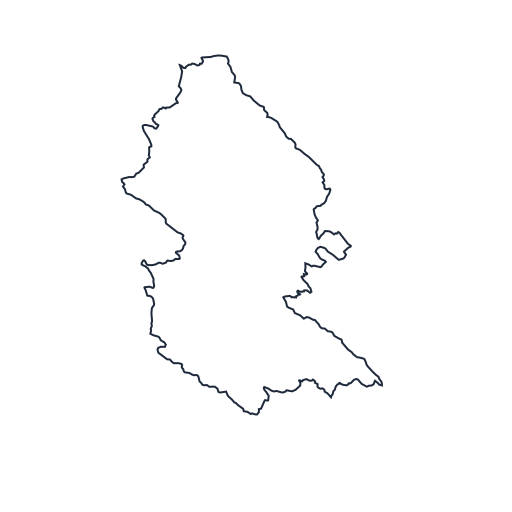 An Lao, Bình Định, Vietnam, rotated 309°
{"feature_id": "81297802B61161719512326", "entity_name": "An Lao", "entity_type": "district", "adm_level": 2, "iso_a3": "VNM", "parent_name": "Vietnam", "parent_adm1": "Bình Định", "projection": "equal_earth", "projection_center": [108.793, 14.534], "detail": "fine", "context": "isolated", "style": "outline", "palette": "slate", "viewbox_px": 512, "rotation_deg": 309, "n_neighbors": 0, "source": "geoboundaries", "source_scale": "gbopen_adm2", "svg_char_len": 6094}
<svg xmlns="http://www.w3.org/2000/svg" viewBox="0 0 512 512"><g transform="rotate(309 256 256)"><path d="M392.6,107.8L390.4,103.8L388.3,100.7L385.0,97.5L382.3,95.7L376.3,89.1L375.6,89.0L374.3,92.0L373.8,92.4L371.3,92.8L370.2,91.4L369.0,91.9L367.5,90.9L367.1,90.2L366.6,87.6L365.4,85.3L363.7,85.0L362.5,83.5L359.0,82.5L357.6,82.8L356.6,81.4L356.8,77.9L356.4,76.7L353.0,82.4L347.9,85.3L339.3,89.2L338.9,92.0L338.0,93.6L335.8,94.2L328.1,94.7L327.2,95.4L326.1,98.5L325.8,98.8L324.3,97.6L317.2,95.5L314.7,92.7L313.9,93.0L313.0,90.2L310.8,89.9L309.5,88.6L307.2,89.0L302.0,88.3L301.1,88.4L300.2,89.6L298.7,89.0L297.5,89.1L296.2,91.5L296.1,93.6L295.6,95.0L296.2,96.6L296.2,97.8L295.6,98.1L292.2,98.3L291.3,96.6L291.7,95.4L291.6,94.2L288.8,88.4L287.6,86.8L286.1,86.1L285.6,86.2L284.7,87.1L282.7,90.0L279.4,99.4L276.7,104.5L275.3,105.7L273.7,104.6L272.8,104.8L270.2,107.2L266.9,109.3L265.8,111.4L262.9,110.8L260.9,112.3L256.3,111.2L254.2,113.2L246.9,112.4L244.6,111.1L241.1,111.5L239.6,110.4L237.4,107.6L232.8,104.1L230.9,103.3L229.3,105.5L229.3,107.3L228.9,108.7L226.2,109.0L225.4,112.2L223.6,114.6L223.1,115.9L224.9,120.3L225.3,126.8L226.5,129.0L227.2,133.2L227.3,136.0L226.7,137.9L227.8,140.9L227.2,148.2L228.6,153.6L228.7,156.0L228.0,162.5L225.2,164.8L224.7,166.1L225.0,180.1L226.2,183.5L226.4,186.3L226.1,186.8L224.1,187.3L223.4,188.1L222.1,192.6L220.7,193.5L218.0,193.5L216.0,194.5L214.1,194.7L212.0,194.1L209.7,191.7L208.7,191.3L208.1,191.7L208.0,196.0L206.2,198.3L205.3,198.2L202.9,195.1L200.6,194.7L198.4,192.9L196.7,190.0L194.0,190.1L191.2,188.3L190.4,185.7L189.5,184.6L186.7,183.5L184.0,181.5L182.0,179.2L180.6,176.9L182.2,172.8L182.2,171.7L181.7,171.3L180.8,171.2L178.4,171.7L177.6,172.3L177.4,173.0L178.2,176.0L178.4,179.8L177.3,182.2L176.7,184.8L173.7,190.8L171.3,192.6L169.0,195.4L168.0,196.0L166.6,196.2L166.1,195.6L165.2,192.6L161.6,189.1L161.2,189.2L160.2,191.4L156.8,196.5L158.3,199.0L158.5,200.6L158.2,202.7L154.7,207.0L153.6,207.6L150.4,207.8L149.3,208.3L145.5,210.9L139.9,216.3L137.7,217.2L136.1,219.1L133.4,219.9L131.7,221.6L129.1,222.8L129.8,226.1L131.9,231.0L131.7,232.5L130.6,235.2L131.2,239.2L130.3,241.7L128.1,242.4L125.7,239.3L123.1,237.8L121.2,238.4L119.4,241.0L119.8,252.0L121.4,254.2L120.8,257.7L121.0,259.7L123.9,263.1L125.2,266.0L124.9,267.1L122.9,268.2L122.4,269.2L122.3,270.6L121.0,272.4L120.7,273.7L123.2,277.9L123.5,280.4L124.1,282.5L126.1,284.8L126.4,285.8L126.1,287.0L123.0,291.1L122.9,293.1L122.2,295.5L122.9,297.1L124.8,299.0L125.0,302.1L127.8,305.2L128.6,306.6L128.6,309.6L126.8,312.3L126.8,312.9L127.4,314.1L131.8,318.1L129.6,322.2L129.3,327.6L128.6,331.3L129.1,332.7L128.8,336.2L129.2,342.2L127.7,344.2L129.5,347.4L129.9,351.3L131.1,351.9L132.6,355.4L133.5,356.5L136.5,356.5L138.8,354.6L140.5,356.0L149.4,353.6L149.9,354.1L150.9,356.0L151.5,356.3L155.3,353.9L156.7,349.7L157.3,346.7L158.3,345.1L159.4,344.9L160.7,348.9L161.1,352.9L161.9,355.0L164.1,357.0L166.0,361.6L167.0,362.9L168.7,364.0L170.9,364.3L173.5,369.2L177.0,371.0L183.1,371.9L185.2,370.4L185.9,369.3L186.2,367.9L186.5,367.8L187.3,369.1L187.5,370.7L189.5,370.8L192.1,372.8L192.7,375.9L194.2,377.8L195.8,378.0L195.8,380.7L194.6,381.5L195.2,384.5L193.3,385.9L192.9,387.2L193.3,389.5L194.9,390.9L195.1,392.1L195.0,393.3L193.8,394.8L194.3,397.8L193.4,403.2L195.2,402.5L196.8,402.6L199.6,401.2L201.6,401.4L204.8,400.1L207.3,400.1L208.8,400.8L209.8,400.6L210.2,401.0L209.9,402.1L210.9,405.2L212.6,407.9L213.6,408.3L215.6,408.3L215.9,409.1L217.2,409.7L221.5,410.1L223.6,411.4L224.1,413.0L223.1,418.6L224.2,424.4L226.3,425.4L227.9,427.2L230.3,428.1L233.9,427.0L234.0,430.4L233.6,432.8L234.7,435.3L236.0,434.2L237.1,432.7L238.2,428.9L239.2,427.2L239.1,423.9L239.4,419.8L240.6,412.0L241.2,410.2L242.6,408.2L244.1,405.1L244.0,404.3L242.7,401.3L241.0,398.3L240.8,393.7L241.5,390.8L241.2,386.4L242.9,377.5L244.7,375.3L244.8,374.6L244.1,372.7L243.2,367.1L244.4,364.4L244.7,362.6L242.7,359.0L242.9,355.1L241.4,352.9L241.2,351.5L241.3,350.3L242.4,347.6L243.3,341.8L242.4,340.7L241.5,335.8L240.4,333.8L237.4,332.6L237.7,327.8L236.1,322.1L237.8,318.6L236.4,313.8L236.3,311.9L239.1,308.3L241.1,303.2L241.7,303.4L242.8,304.0L246.2,307.3L246.4,307.8L246.4,309.8L247.0,310.2L248.0,312.1L248.8,312.3L249.1,313.1L249.9,312.5L251.5,313.3L252.7,313.0L253.4,314.3L254.0,314.3L253.7,311.3L254.5,310.3L255.5,310.4L255.8,312.1L256.8,314.0L257.8,314.5L258.5,315.5L259.6,315.1L261.3,317.2L261.5,321.2L263.1,321.6L265.2,318.5L265.5,315.8L266.6,314.0L267.2,307.9L268.4,304.5L269.2,304.6L270.1,305.9L270.8,306.2L272.1,304.6L273.3,306.9L274.2,307.1L274.6,306.7L274.8,304.4L275.1,303.5L278.1,301.8L281.4,298.9L282.5,302.2L283.0,305.9L284.4,306.5L285.4,307.9L287.8,313.0L288.8,313.5L291.5,313.4L295.4,314.0L295.7,312.8L294.7,309.1L294.7,306.9L296.3,302.8L296.8,299.6L299.2,299.0L301.5,299.1L303.8,300.4L305.4,304.4L305.4,305.8L304.6,308.8L305.3,315.0L305.1,322.7L308.8,325.4L310.5,325.7L313.7,325.1L314.6,321.7L314.9,321.6L320.5,322.5L322.7,323.6L323.5,323.4L323.4,319.4L326.5,306.4L326.4,304.8L324.2,304.7L323.5,303.4L321.9,303.1L321.7,298.5L320.7,296.5L318.8,293.9L316.3,294.2L312.8,293.7L308.6,294.1L308.5,293.1L309.4,291.5L311.4,289.3L312.4,287.7L315.5,287.0L317.2,285.7L320.1,281.9L322.4,281.8L322.9,281.0L323.6,278.4L325.2,275.4L328.5,271.5L329.2,271.4L330.4,272.0L332.8,271.9L335.8,274.7L336.7,274.5L339.8,275.7L342.9,275.6L346.7,273.9L350.3,273.7L354.3,272.1L354.8,270.9L352.4,268.9L351.7,267.9L351.6,267.4L352.3,266.0L354.2,264.4L355.2,261.4L357.3,261.8L358.3,260.6L359.2,258.0L361.2,258.0L362.2,257.3L362.9,253.8L364.0,252.4L364.4,250.4L365.5,248.4L365.1,245.8L366.2,234.9L365.9,229.8L366.1,223.3L364.8,219.2L365.2,218.1L367.6,216.5L368.5,214.7L369.0,209.5L367.7,207.6L367.8,204.4L369.5,201.1L371.1,193.3L372.2,191.9L373.6,188.5L373.7,187.4L372.9,181.0L371.8,178.0L371.1,177.1L373.0,176.2L374.3,174.7L374.5,170.7L375.0,169.9L376.3,169.0L376.7,168.0L375.3,164.2L375.4,156.6L376.4,151.0L374.8,147.2L374.3,143.3L376.0,140.1L378.6,137.4L379.4,135.3L379.4,133.6L377.2,129.9L382.4,126.8L383.2,125.1L383.8,121.5L386.9,117.1L387.9,113.1L389.6,112.5L391.0,111.2L392.6,107.8Z" fill="none" stroke="#1e293b" stroke-width="2"/></g></svg>